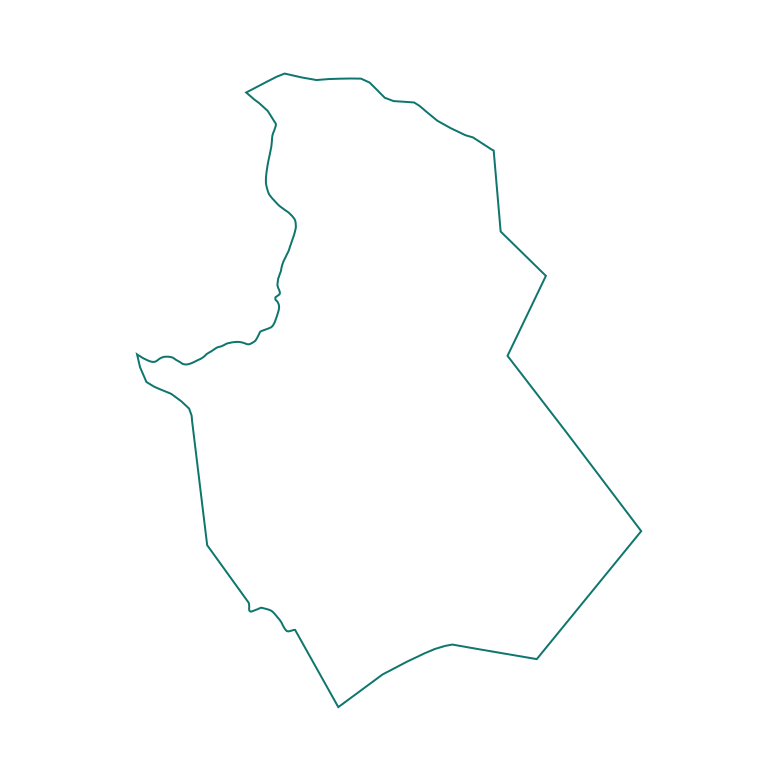 Langue, Valle, Honduras, rotated 355°
{"feature_id": "27666195B29831378343973", "entity_name": "Langue", "entity_type": "district", "adm_level": 2, "iso_a3": "HND", "parent_name": "Honduras", "parent_adm1": "Valle", "projection": "orthographic", "projection_center": [-87.663, 13.662], "detail": "fine", "context": "isolated", "style": "outline", "palette": "teal", "viewbox_px": 768, "rotation_deg": 355, "n_neighbors": 0, "source": "geoboundaries", "source_scale": "gbopen_adm2", "svg_char_len": 6078}
<svg xmlns="http://www.w3.org/2000/svg" viewBox="0 0 768 768"><g transform="rotate(355 384 384)"><path d="M312.1,66.1L304.0,68.5L293.8,72.6L272.1,81.6L279.2,88.9L284.3,93.5L292.0,101.9L297.9,113.4L298.3,114.0L298.7,114.8L298.8,115.1L298.9,115.4L298.9,115.6L299.0,115.9L298.9,116.1L298.9,116.5L298.8,116.8L298.6,117.5L298.3,118.2L298.0,118.9L296.6,122.2L296.0,123.3L295.3,124.6L295.1,125.1L294.8,125.9L294.6,126.4L294.3,127.6L294.1,128.6L293.7,130.5L293.5,132.4L293.3,133.3L292.8,135.9L292.4,137.7L292.3,138.4L291.9,139.5L291.2,142.0L289.1,149.0L288.6,150.6L288.1,152.2L287.3,155.2L286.5,158.3L286.2,159.5L285.9,160.6L285.4,163.0L284.9,165.5L284.6,167.0L284.3,168.9L284.2,169.8L284.1,170.8L284.0,172.0L284.0,172.7L283.9,173.3L283.9,174.0L284.0,174.9L284.0,175.4L284.3,177.4L284.6,179.3L284.9,180.7L285.0,181.5L285.4,183.0L285.6,183.7L285.8,184.2L285.9,184.6L286.2,185.3L286.8,186.3L287.4,187.2L288.4,188.7L289.1,189.7L289.9,190.7L292.2,193.7L293.0,194.7L293.7,195.6L295.0,197.1L295.5,197.6L296.1,198.2L297.4,199.3L300.3,201.9L302.3,203.5L303.7,204.7L304.3,205.3L304.9,206.0L305.6,206.9L306.9,208.3L307.7,209.5L308.3,210.3L308.6,210.9L309.0,211.5L309.2,211.9L309.3,212.1L309.4,212.5L309.6,212.9L309.7,213.3L309.8,213.8L309.9,214.4L309.9,214.7L310.0,215.3L310.0,216.0L310.0,217.1L310.0,218.5L309.9,219.4L309.9,220.0L309.6,221.1L309.4,222.0L309.1,222.8L308.7,224.0L307.9,226.3L307.0,228.5L305.3,232.3L303.1,237.3L302.3,239.0L301.8,240.3L301.1,242.1L300.6,243.0L300.4,243.4L299.9,244.3L298.6,246.3L297.7,247.9L294.9,252.5L294.3,253.6L293.8,254.7L293.3,255.8L293.0,256.4L292.5,257.8L292.2,258.8L291.8,259.9L291.7,260.5L291.5,261.3L291.4,261.7L291.3,262.1L291.1,262.5L290.8,263.3L290.2,264.5L290.0,264.9L288.8,267.6L288.6,268.2L288.1,269.1L287.9,269.6L287.7,270.0L287.6,270.4L287.2,272.4L286.8,274.0L286.5,275.9L286.5,276.1L286.4,276.5L286.5,276.6L286.5,276.9L286.8,278.2L287.0,279.1L287.5,280.6L287.7,281.2L287.9,281.7L288.0,282.5L288.2,283.3L288.2,283.7L288.2,284.0L288.2,284.3L288.1,284.7L288.0,285.0L287.9,285.3L287.6,285.6L287.4,285.8L286.9,286.1L285.6,286.9L283.8,287.9L283.6,288.1L283.4,288.3L283.3,288.5L283.2,289.0L283.2,289.3L283.2,289.6L283.2,290.0L283.3,290.4L283.4,290.8L283.6,291.1L283.8,291.3L284.0,291.5L284.3,291.8L284.6,292.1L284.8,292.5L285.0,292.8L285.2,293.2L285.4,293.6L285.6,294.1L285.8,294.8L286.0,295.5L286.1,295.9L286.2,296.4L286.2,297.1L286.2,297.6L286.2,298.1L286.2,298.6L286.1,299.2L285.9,299.9L285.6,301.0L285.1,302.4L284.7,303.4L284.4,304.2L283.5,306.4L282.2,309.4L281.5,310.8L281.1,311.7L280.6,312.8L280.3,313.3L279.7,314.2L279.5,314.5L279.0,315.3L278.8,315.6L278.4,316.1L278.0,316.5L277.5,316.9L277.0,317.3L276.5,317.6L276.2,317.8L275.8,317.9L274.7,318.3L272.7,318.9L270.5,319.5L267.5,320.3L267.0,320.4L266.6,320.5L266.0,320.8L265.7,320.9L265.4,321.1L265.2,321.3L265.0,321.5L264.7,321.9L264.5,322.2L263.9,323.4L263.4,324.2L261.4,327.4L260.8,328.1L260.6,328.5L260.1,329.1L259.7,329.5L259.4,329.8L259.1,330.1L258.8,330.3L258.5,330.4L257.2,331.1L256.5,331.5L255.5,331.9L254.5,332.3L253.8,332.5L253.4,332.6L253.1,332.7L252.9,332.7L252.5,332.6L252.2,332.6L251.5,332.5L250.9,332.3L250.2,332.0L249.6,331.7L248.8,331.3L248.1,331.0L247.2,330.6L246.0,330.2L245.1,329.9L243.9,329.6L242.8,329.4L241.7,329.3L240.7,329.2L239.3,329.2L238.3,329.2L236.4,329.3L235.2,329.4L234.0,329.6L232.1,329.8L231.6,329.9L231.1,330.0L230.3,330.2L230.0,330.4L229.4,330.6L228.5,331.1L227.6,331.4L226.6,331.8L226.0,332.0L225.1,332.3L224.2,332.5L223.5,332.6L222.4,332.7L221.8,332.9L221.2,333.0L220.5,333.3L220.0,333.5L219.2,333.9L216.9,335.2L215.7,335.9L214.3,336.6L211.7,337.8L210.6,338.4L209.9,338.7L209.7,338.9L209.2,339.3L208.8,339.6L207.9,340.4L207.4,340.8L207.1,341.0L206.7,341.3L206.3,341.5L205.2,342.1L204.1,342.7L203.7,342.9L202.9,343.2L200.3,344.1L199.0,344.6L196.6,345.6L194.8,346.2L194.2,346.4L192.8,346.8L191.4,347.1L190.6,347.2L189.8,347.3L189.2,347.3L188.4,347.3L187.9,347.2L187.2,347.1L186.6,346.9L185.9,346.7L185.4,346.5L185.0,346.3L184.7,346.0L184.1,345.6L183.4,344.9L183.1,344.7L182.1,344.0L179.6,342.3L178.5,341.5L176.8,340.0L176.3,339.7L175.8,339.3L175.4,339.1L175.1,339.0L174.3,338.7L173.5,338.5L172.3,338.2L171.6,338.0L171.0,338.0L170.4,337.9L169.6,337.8L168.4,337.8L167.9,337.8L167.1,337.8L166.4,337.9L165.8,338.1L165.2,338.2L164.7,338.4L163.8,338.7L163.2,339.0L161.7,339.8L161.0,340.2L160.4,340.7L159.6,341.1L159.1,341.4L158.7,341.5L158.2,341.7L157.9,341.8L157.4,341.9L156.8,341.9L156.6,341.9L156.0,341.9L155.5,341.8L154.9,341.7L154.6,341.6L153.4,341.2L152.8,341.0L152.5,340.9L151.4,340.3L149.5,339.2L148.0,338.3L146.6,337.5L146.1,337.1L145.3,336.6L143.6,335.2L142.3,334.3L141.3,333.6L140.6,333.0L142.4,345.9L147.5,361.3L154.7,366.6L160.4,369.7L171.2,375.3L180.4,383.4L187.7,391.5L189.6,398.7L189.6,404.4L193.8,529.2L230.3,590.4L230.3,591.1L230.4,592.1L230.4,592.7L230.3,593.5L230.3,594.5L230.0,596.4L230.0,596.7L230.0,597.0L230.0,597.5L230.2,598.0L230.3,598.3L230.5,598.5L230.9,598.9L231.1,599.0L231.3,599.1L231.5,599.1L231.9,599.1L232.2,599.1L233.3,598.8L233.8,598.7L236.4,597.9L238.6,597.3L239.0,597.2L239.6,596.9L240.1,596.7L240.8,596.5L241.5,596.3L242.1,596.2L242.6,596.3L243.1,596.4L244.7,597.0L247.0,597.8L249.6,598.8L250.2,599.1L250.8,599.4L251.2,599.6L251.7,599.9L252.0,600.2L252.4,600.4L252.9,601.0L253.3,601.3L254.0,602.1L254.7,603.0L256.3,605.2L257.7,607.3L259.4,609.7L260.2,611.1L260.8,612.2L261.2,613.0L261.5,613.7L262.1,615.4L262.6,616.6L263.1,617.7L263.8,619.1L264.3,619.9L264.7,620.5L265.1,621.0L265.5,621.4L265.6,621.6L265.8,621.7L266.0,621.8L266.4,621.9L266.9,622.0L267.1,622.1L267.6,622.1L268.2,622.0L268.5,622.0L270.6,621.6L272.4,621.2L272.7,621.2L273.1,621.2L274.0,621.2L310.3,701.9L357.3,673.2L382.0,662.9L401.0,655.8L411.6,652.4L421.7,650.3L429.3,649.5L454.3,656.2L512.2,671.4L627.4,553.0L562.8,450.1L509.5,366.7L554.7,290.4L513.5,242.3L513.6,161.0L511.7,159.8L494.1,146.1L486.9,143.3L472.8,135.0L460.1,126.4L450.3,116.8L443.6,110.0L438.6,106.2L431.9,105.1L418.2,103.0L409.7,98.9L404.8,93.0L396.0,82.5L387.7,77.8L378.0,76.8L366.5,76.0L355.5,75.4L343.2,75.3L328.6,71.4L312.1,66.1Z" fill="none" stroke="#0f766e" stroke-width="2"/></g></svg>